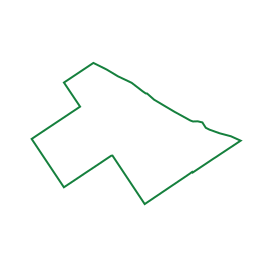 outline of Sarasota, Florida, United States of America, rotated 146°
{"feature_id": "52423323B35059140048006", "entity_name": "Sarasota", "entity_type": "district", "adm_level": 2, "iso_a3": "USA", "parent_name": "United States of America", "parent_adm1": "Florida", "projection": "mercator", "projection_center": [-82.437, 27.168], "detail": "fine", "context": "isolated", "style": "outline", "palette": "green", "viewbox_px": 256, "rotation_deg": 146, "n_neighbors": 0, "source": "geoboundaries", "source_scale": "gbopen_adm2", "svg_char_len": 609}
<svg xmlns="http://www.w3.org/2000/svg" viewBox="0 0 256 256"><g transform="rotate(146 128 128)"><path d="M214.3,114.7L157.4,114.4L156.3,113.8L156.7,55.6L102.5,55.6L100.1,55.7L99.7,55.7L99.3,55.7L99.3,54.9L98.8,54.9L77.2,54.8L74.5,54.8L70.9,54.7L70.7,54.7L66.3,54.7L41.7,54.5L47.3,63.6L55.0,72.4L61.4,81.1L63.4,84.7L63.3,89.1L63.2,91.0L66.4,94.5L70.5,97.1L72.1,99.3L80.0,114.7L80.1,114.8L84.4,123.9L90.5,136.8L92.9,145.9L94.0,146.8L95.4,150.4L99.7,163.4L107.5,176.6L113.0,188.4L120.3,201.3L155.7,201.5L155.8,172.5L209.1,172.8L214.0,172.8L214.3,114.7Z" fill="none" stroke="#15803d" stroke-width="2"/></g></svg>